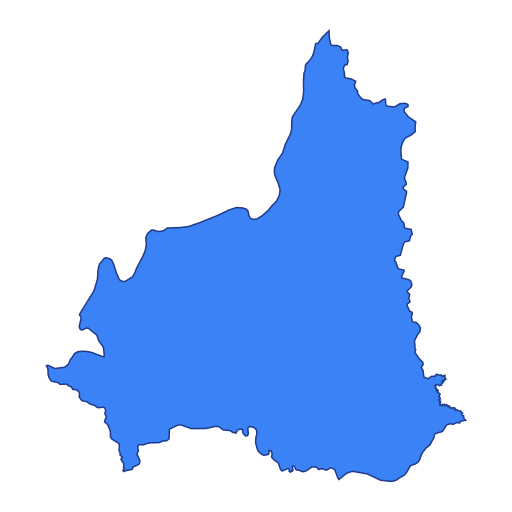 outline of Chiang Khan, Loei, Thailand
{"feature_id": "78962969B15954858222696", "entity_name": "Chiang Khan", "entity_type": "district", "adm_level": 2, "iso_a3": "THA", "parent_name": "Thailand", "parent_adm1": "Loei", "projection": "orthographic", "projection_center": [101.786, 17.871], "detail": "fine", "context": "isolated", "style": "filled", "palette": "blue", "viewbox_px": 512, "rotation_deg": 0, "n_neighbors": 0, "source": "geoboundaries", "source_scale": "gbopen_adm2", "svg_char_len": 6036}
<svg xmlns="http://www.w3.org/2000/svg" viewBox="0 0 512 512"><path d="M465.6,420.3L464.0,418.7L463.6,415.7L462.4,415.7L461.8,414.1L462.6,413.1L461.2,412.2L460.7,410.8L459.1,411.1L456.7,409.6L455.4,410.0L454.6,409.4L455.1,408.3L454.8,408.0L452.2,407.7L450.6,408.4L449.8,406.6L449.4,406.7L449.0,406.1L448.4,406.7L448.2,405.8L447.3,406.0L446.8,404.8L446.2,405.5L444.8,404.4L444.0,405.5L443.7,404.6L442.7,404.3L441.9,405.5L440.7,404.7L440.2,405.3L439.8,405.1L439.8,403.5L440.4,403.1L440.5,402.5L439.6,401.9L440.2,401.3L439.4,401.2L439.7,400.4L439.1,399.8L440.4,398.9L439.6,398.0L439.9,397.4L439.0,396.4L440.1,394.1L439.3,393.8L438.6,392.6L437.5,392.4L438.2,390.6L437.5,389.8L436.6,390.6L436.5,388.7L435.4,387.8L435.9,386.9L434.9,385.6L435.9,384.7L436.5,385.0L437.2,384.5L438.5,384.9L439.3,385.7L441.5,385.1L441.5,384.2L443.2,382.2L442.3,382.0L443.4,381.6L442.9,380.4L444.2,380.8L445.0,379.4L445.8,379.2L444.9,378.5L445.1,377.1L444.4,376.7L444.9,375.4L443.3,375.7L442.9,376.3L442.0,376.1L441.0,374.8L439.9,375.3L436.8,374.3L435.5,375.0L435.2,376.3L431.6,376.3L428.1,378.7L424.2,377.4L423.6,375.6L423.2,370.8L421.3,367.4L423.1,364.6L422.8,362.3L419.1,358.6L415.2,352.8L415.0,351.9L415.7,349.7L414.7,347.7L415.0,345.9L414.5,342.1L414.7,340.2L417.6,334.6L419.9,331.7L420.4,328.0L419.2,325.5L416.5,322.7L415.5,322.2L413.2,322.2L412.4,321.7L411.3,316.5L412.3,314.2L412.3,313.0L411.6,311.9L409.7,311.3L407.0,305.3L407.3,303.8L409.7,302.3L410.0,301.5L408.7,298.2L409.7,294.4L407.5,292.2L407.1,291.0L411.2,287.0L411.8,285.1L411.7,283.9L410.8,281.4L409.4,279.9L401.8,277.9L401.6,276.7L404.1,271.1L404.1,270.2L398.6,268.9L397.8,267.9L395.7,261.7L394.5,260.3L395.0,258.3L396.2,256.3L400.3,255.4L403.1,244.9L404.2,242.4L405.2,241.7L409.5,240.8L410.5,236.1L412.3,234.3L411.1,229.3L405.9,228.5L404.5,227.6L403.8,222.9L401.3,220.5L398.3,214.1L398.7,211.6L403.3,207.2L406.6,192.4L406.4,191.1L403.6,189.3L403.1,188.1L403.6,186.9L406.2,184.4L406.2,182.8L404.5,178.5L404.8,176.4L407.8,168.1L407.9,166.4L408.0,162.0L401.5,159.2L400.9,150.6L401.2,146.7L402.5,142.7L404.5,139.2L406.4,137.4L410.6,135.4L415.2,131.7L415.1,127.7L415.7,121.8L408.5,117.0L404.4,111.9L404.0,110.2L404.4,108.8L405.4,107.7L407.8,106.7L408.2,105.8L407.8,104.6L406.6,103.7L403.6,103.3L399.7,103.8L395.3,106.6L393.9,106.9L388.5,106.4L386.5,105.9L385.8,105.1L385.4,99.2L385.1,99.0L383.4,99.5L378.5,102.6L375.1,103.2L373.5,104.2L369.5,100.5L363.2,99.6L360.8,97.8L357.8,93.9L357.4,90.8L355.3,88.4L354.5,85.8L354.5,84.5L355.6,82.3L355.5,81.1L350.7,78.8L345.9,78.0L344.7,77.0L344.1,71.3L343.3,69.0L343.8,66.8L345.1,64.7L347.0,64.7L348.1,61.5L347.4,57.1L348.2,53.1L347.8,51.0L347.0,49.8L342.3,50.1L341.3,49.1L341.2,47.8L340.4,46.9L337.6,45.6L331.9,45.4L330.9,44.8L329.4,38.4L329.0,30.7L322.3,37.3L317.9,43.5L315.7,43.6L313.8,52.6L312.3,56.4L310.2,59.8L306.3,63.8L305.4,65.5L305.1,70.6L304.0,73.1L303.5,80.4L303.6,92.2L302.7,99.3L300.2,105.3L292.4,116.8L291.8,120.9L291.6,129.7L290.5,133.8L285.4,144.2L282.5,153.2L277.8,159.9L274.8,167.1L274.3,170.5L274.5,173.6L275.4,176.7L278.3,183.4L280.1,189.7L279.3,195.7L276.1,201.6L271.8,205.9L268.4,210.2L262.2,215.7L256.6,219.1L252.6,219.3L250.2,218.1L249.1,216.1L247.9,210.8L246.2,209.0L242.3,207.9L236.3,207.6L228.7,210.1L217.7,215.4L199.4,222.8L188.1,226.6L179.8,227.6L167.2,228.0L164.3,230.3L161.0,231.3L157.5,231.5L153.9,230.1L151.4,230.1L147.7,233.4L146.7,235.4L145.8,237.8L146.3,244.5L145.4,249.9L143.4,255.1L136.4,268.6L134.7,273.2L132.4,276.9L125.4,281.2L124.2,281.6L122.4,281.3L120.5,280.5L119.2,279.3L116.2,272.4L113.5,263.8L111.6,260.0L109.7,258.7L105.5,257.7L104.0,258.6L99.7,263.9L98.8,266.3L97.9,271.0L97.5,279.0L94.0,290.8L79.6,314.1L79.7,315.0L81.2,318.0L79.2,326.5L80.0,328.9L81.7,330.1L86.2,328.2L88.2,328.1L96.9,335.2L98.6,340.6L102.1,345.3L103.6,348.2L104.3,356.1L104.0,356.6L102.3,356.5L91.9,352.5L87.6,351.6L82.9,351.2L77.9,351.7L74.4,353.7L71.7,358.2L70.6,359.1L68.5,364.2L64.5,367.3L54.8,368.5L48.0,365.2L46.4,365.7L47.9,368.9L48.1,374.1L48.9,377.3L50.2,379.7L51.6,381.2L57.9,382.6L60.0,384.3L66.5,384.1L68.8,385.9L71.3,386.9L73.0,389.6L75.8,389.5L78.7,391.6L79.7,394.2L79.1,395.8L79.3,397.1L81.8,400.6L86.6,401.6L89.9,403.9L94.8,405.5L97.3,407.5L99.1,407.7L103.2,407.1L104.8,408.0L105.7,410.6L104.8,413.8L106.4,416.5L104.6,421.2L104.6,422.0L107.6,424.5L109.6,429.0L110.4,432.1L110.4,436.7L111.0,437.9L111.9,439.1L118.5,443.2L119.1,444.2L119.4,446.8L119.0,450.4L120.1,452.9L120.0,454.9L122.4,457.3L120.9,459.0L122.4,461.9L123.7,463.2L123.6,467.4L124.3,468.5L122.9,470.1L123.6,471.5L126.2,470.6L132.1,469.4L133.0,467.0L138.4,464.6L139.2,463.8L139.9,462.1L139.7,460.0L137.0,454.4L138.3,450.9L137.7,446.6L138.4,445.1L139.2,444.6L143.3,444.9L147.5,443.3L151.0,442.8L159.4,442.6L163.1,440.8L165.5,441.0L167.0,440.5L169.1,438.8L169.4,429.1L177.9,425.1L180.6,424.8L191.2,428.6L205.9,428.5L214.7,426.5L217.4,426.4L219.1,426.8L223.1,429.9L230.1,430.6L232.9,432.5L234.6,432.5L235.6,433.3L237.7,430.0L238.8,429.4L241.7,429.2L242.7,429.9L242.6,431.8L243.3,433.7L245.5,435.9L247.4,435.7L248.3,433.9L247.8,427.9L248.6,427.1L250.5,426.6L254.5,427.7L256.5,430.1L256.9,433.4L255.9,437.5L255.6,442.7L257.1,448.5L258.4,451.4L261.6,454.3L263.8,455.3L268.3,454.5L269.1,452.9L268.9,450.6L270.7,450.6L272.1,453.0L271.6,457.3L274.7,460.5L278.2,462.7L280.5,469.4L282.1,471.0L287.8,468.5L289.3,469.2L289.2,471.4L290.5,472.2L291.9,470.8L292.3,471.2L292.9,470.6L293.0,469.4L292.2,467.8L292.6,466.3L293.2,466.0L295.0,467.1L295.3,468.7L296.4,469.9L299.5,470.3L301.4,471.3L303.7,471.7L306.4,470.7L312.0,466.9L316.1,467.1L317.3,467.9L318.6,469.6L322.0,468.6L326.0,470.1L327.5,469.8L329.4,468.2L330.7,467.8L332.5,468.2L334.9,470.0L337.7,477.6L338.9,479.5L346.3,473.5L350.4,471.8L353.1,471.4L367.2,473.9L380.5,480.2L390.1,481.3L393.3,481.1L395.9,480.3L404.7,474.7L407.0,471.9L410.3,465.7L415.5,463.9L417.9,462.2L419.6,459.9L421.2,455.1L422.7,452.3L425.9,448.2L430.0,444.9L434.0,437.3L434.3,434.8L435.5,433.5L442.4,431.5L446.8,424.8L450.1,423.8L453.4,424.3L456.5,422.6L459.6,423.0L461.0,421.1L465.6,420.3Z" fill="#3b82f6" stroke="#1e3a8a" stroke-width="1.5"/></svg>